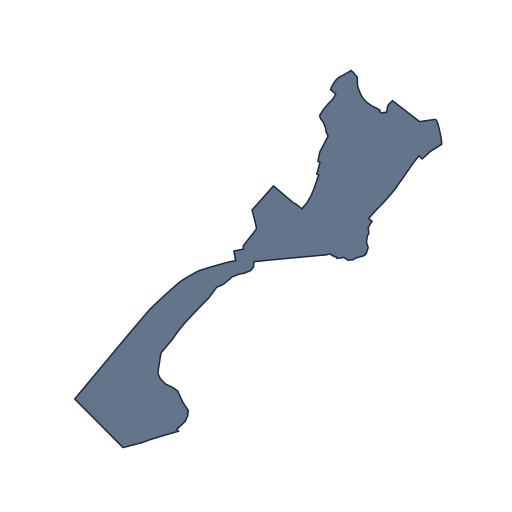 Cernica, Ilfov, Romania, rotated 261°
{"feature_id": "2599482B98677359077398", "entity_name": "Cernica", "entity_type": "district", "adm_level": 2, "iso_a3": "ROU", "parent_name": "Romania", "parent_adm1": "Ilfov", "projection": "mercator", "projection_center": [26.279, 44.424], "detail": "fine", "context": "isolated", "style": "filled", "palette": "slate", "viewbox_px": 512, "rotation_deg": 261, "n_neighbors": 0, "source": "geoboundaries", "source_scale": "gbopen_adm2", "svg_char_len": 2776}
<svg xmlns="http://www.w3.org/2000/svg" viewBox="0 0 512 512"><g transform="rotate(261 256 256)"><path d="M424.4,378.9L423.8,377.6L421.0,370.5L420.4,368.4L419.3,365.4L417.9,363.2L416.6,361.8L415.9,361.1L415.6,360.8L415.4,360.5L414.4,359.8L412.0,357.8L410.1,356.3L408.5,355.7L404.0,359.6L403.4,360.1L403.2,360.0L398.4,355.9L397.0,353.7L395.2,351.3L392.7,348.5L391.0,346.4L389.5,345.0L388.8,344.3L387.5,343.2L386.8,342.5L385.8,341.6L384.8,340.8L381.6,341.2L377.5,343.4L373.0,344.4L371.1,344.8L367.6,344.6L363.2,346.0L358.5,342.6L353.6,338.9L349.0,335.4L340.0,332.0L338.4,333.8L327.3,328.9L326.2,330.7L323.9,329.3L322.2,328.4L321.6,328.2L312.6,323.3L311.8,322.8L309.8,321.4L308.2,320.8L300.9,314.9L299.2,313.3L297.6,311.0L295.4,308.8L301.5,303.1L301.9,301.9L310.4,294.6L322.5,284.2L317.9,278.6L305.8,263.9L302.1,259.3L287.0,260.7L282.7,260.7L279.9,257.8L273.0,250.3L267.9,244.8L264.9,245.0L264.6,239.7L264.5,237.6L264.4,235.0L254.5,235.1L254.5,233.3L254.5,229.6L254.3,227.9L253.3,218.3L252.1,208.4L251.8,206.4L251.6,205.3L250.6,198.4L249.3,194.0L247.8,189.9L245.8,184.8L244.3,180.9L242.6,177.3L242.0,176.3L241.8,175.8L241.4,175.2L240.9,174.3L234.6,164.4L229.7,157.0L224.2,148.8L220.0,142.9L217.6,140.1L216.5,138.7L196.1,115.0L155.6,68.8L149.5,61.8L143.1,54.6L140.6,56.4L87.6,94.7L89.5,114.3L91.1,122.2L92.7,133.2L95.1,152.0L97.2,150.7L103.9,160.4L109.2,163.7L114.1,164.9L123.1,160.8L134.8,157.6L139.0,153.4L143.9,146.4L150.1,142.2L155.6,140.7L173.7,146.5L175.1,147.0L183.5,156.6L186.9,160.5L194.0,167.4L201.4,175.7L206.8,182.6L216.4,195.3L219.7,199.8L221.9,202.8L231.4,212.4L232.2,216.2L233.7,220.4L239.3,229.6L239.6,231.5L240.7,236.8L240.9,241.9L242.4,248.3L245.5,251.9L250.7,253.1L249.3,277.9L246.7,317.5L246.4,322.3L246.3,323.1L246.2,324.2L246.1,325.2L246.6,329.3L244.4,331.4L244.0,332.4L243.9,333.2L243.0,333.2L242.5,335.2L240.9,335.6L240.9,337.2L241.0,338.2L240.7,339.6L241.0,342.3L237.4,346.2L237.3,347.9L237.3,349.2L237.1,351.3L238.4,354.1L238.6,356.4L238.9,358.6L239.0,360.0L239.5,363.1L241.1,365.3L241.4,365.4L246.7,368.1L252.4,367.3L258.2,369.0L260.7,371.0L266.4,371.3L268.8,373.1L272.2,376.1L273.0,375.4L275.3,373.1L276.1,374.0L279.1,377.5L282.8,382.2L286.7,387.4L290.8,392.8L291.3,393.4L298.0,401.3L299.6,403.1L301.7,405.2L304.9,408.2L310.7,413.8L321.5,424.2L322.2,424.8L322.8,425.3L323.6,426.3L329.4,432.5L325.9,435.3L326.5,436.3L328.0,438.6L330.1,441.9L331.7,443.9L337.3,456.9L342.3,457.4L353.9,456.8L359.0,456.2L362.0,455.3L362.9,454.4L363.1,441.8L363.2,438.5L388.1,415.1L385.0,410.7L383.2,409.4L381.4,408.8L377.3,407.3L377.9,404.8L377.4,404.1L377.9,402.3L379.3,400.7L380.5,401.3L382.4,399.2L386.3,393.6L391.1,389.0L394.0,386.9L398.5,385.0L403.2,383.8L408.3,382.9L416.6,384.0L422.1,380.8L424.4,378.9Z" fill="#64748b" stroke="#1e293b" stroke-width="1.5"/></g></svg>